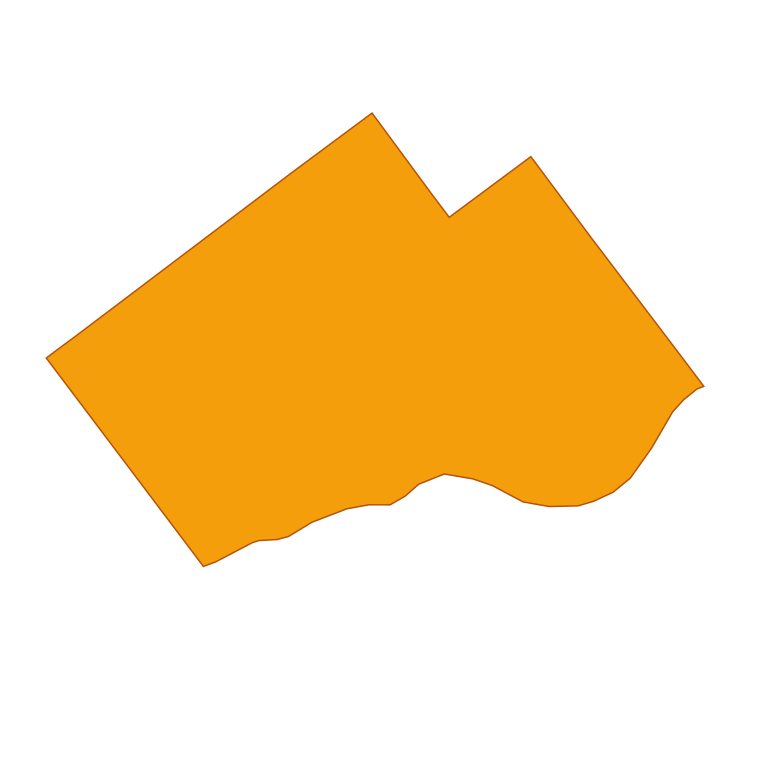 outline of Manitowoc, Wisconsin, United States of America, rotated 53°
{"feature_id": "52423323B20769753681937", "entity_name": "Manitowoc", "entity_type": "district", "adm_level": 2, "iso_a3": "USA", "parent_name": "United States of America", "parent_adm1": "Wisconsin", "projection": "albers", "projection_center": [-87.714, 44.11], "detail": "fine", "context": "isolated", "style": "filled", "palette": "amber", "viewbox_px": 768, "rotation_deg": 53, "n_neighbors": 0, "source": "geoboundaries", "source_scale": "gbopen_adm2", "svg_char_len": 662}
<svg xmlns="http://www.w3.org/2000/svg" viewBox="0 0 768 768"><g transform="rotate(53 384 384)"><path d="M392.2,130.5L290.8,129.9L290.1,231.6L260.3,231.6L160.4,230.5L159.7,332.6L160.1,536.0L160.2,603.7L160.0,620.8L160.0,638.1L421.0,638.0L424.8,625.3L431.4,584.9L433.9,577.9L444.0,562.8L448.3,552.0L449.9,536.2L451.1,524.4L461.3,488.8L471.4,468.7L484.2,451.8L486.3,433.9L484.9,416.7L492.1,390.1L513.4,370.0L514.2,369.5L530.3,358.6L561.9,343.9L581.3,325.8L598.2,302.2L603.8,287.1L608.3,266.1L607.4,244.1L603.5,231.6L596.2,208.8L579.9,170.1L576.9,154.1L576.3,137.2L578.3,130.0L544.6,130.0L392.2,130.5Z" fill="#f59e0b" stroke="#b45309" stroke-width="1.5"/></g></svg>